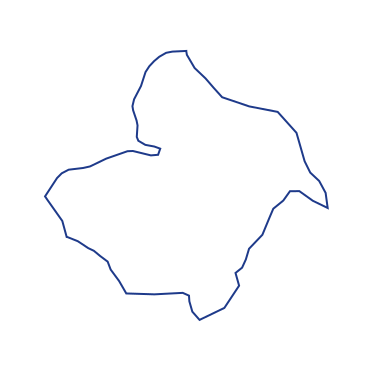 outline of Centre, rotated 209°
{"feature_id": "HTI-1385", "entity_name": "Centre", "entity_type": "Department", "adm_level": 1, "iso_a3": "HTI", "parent_name": "Haiti", "parent_adm1": "", "projection": "albers", "projection_center": [-71.937, 19.008], "detail": "fine", "context": "isolated", "style": "outline", "palette": "blue", "viewbox_px": 384, "rotation_deg": 209, "n_neighbors": 0, "source": "natural_earth", "source_scale": "10m", "svg_char_len": 1055}
<svg xmlns="http://www.w3.org/2000/svg" viewBox="0 0 384 384"><g transform="rotate(209 192 192)"><path d="M279.9,92.0L291.4,103.8L314.0,114.7L318.4,116.9L316.8,138.8L315.0,145.2L310.7,151.7L298.9,160.2L293.6,164.9L283.2,179.6L268.2,196.4L263.6,199.2L245.7,204.1L239.7,208.1L240.8,214.5L247.0,213.5L255.7,210.6L263.8,210.8L267.0,213.4L271.9,223.8L275.1,227.6L283.1,234.9L285.7,238.2L287.6,245.0L288.0,260.0L290.8,274.4L290.3,281.3L288.6,288.1L286.2,294.4L282.1,301.2L277.2,305.3L267.8,311.1L265.4,312.6L265.3,312.4L263.0,309.5L249.8,301.7L235.2,297.9L223.5,293.6L211.6,289.5L183.5,294.6L155.9,303.6L129.3,294.4L108.4,273.5L98.0,266.3L86.1,263.3L74.7,256.0L65.6,243.8L82.0,242.9L98.5,244.8L106.7,240.2L108.0,228.8L112.8,216.8L111.8,207.1L109.7,188.7L114.6,170.0L112.2,159.1L111.5,150.1L114.7,142.3L105.4,132.9L107.5,106.3L123.4,83.8L133.7,87.5L141.3,95.1L144.4,99.9L151.2,99.3L175.2,84.3L200.3,71.4L212.6,78.8L225.5,84.7L232.0,90.2L241.4,91.5L249.3,93.0L255.7,92.6L268.0,93.6L279.8,92.1L279.9,92.0Z" fill="none" stroke="#1e3a8a" stroke-width="2"/></g></svg>